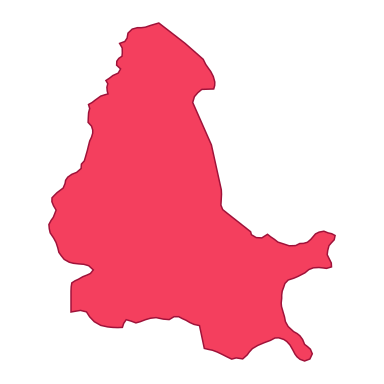 the district of Sertãozinho, São Paulo, Brazil, rotated 90°
{"feature_id": "56859067B35864980054288", "entity_name": "Sertãozinho", "entity_type": "district", "adm_level": 2, "iso_a3": "BRA", "parent_name": "Brazil", "parent_adm1": "São Paulo", "projection": "natural_earth1", "projection_center": [-47.996, -21.105], "detail": "fine", "context": "isolated", "style": "filled", "palette": "rose", "viewbox_px": 384, "rotation_deg": 90, "n_neighbors": 0, "source": "geoboundaries", "source_scale": "gbopen_adm2", "svg_char_len": 2719}
<svg xmlns="http://www.w3.org/2000/svg" viewBox="0 0 384 384"><g transform="rotate(90 192 192)"><path d="M177.1,316.2L180.3,318.4L183.4,318.9L188.0,320.8L190.5,324.1L192.6,326.9L195.4,329.7L197.8,332.0L201.7,332.1L205.7,330.5L210.1,327.9L214.3,329.5L217.3,330.7L220.4,332.9L224.5,335.1L228.9,334.7L232.9,333.8L238.1,330.3L242.6,327.9L247.9,326.2L252.4,325.1L255.8,322.7L259.4,319.8L262.2,314.8L263.3,310.6L263.9,305.2L264.3,300.2L265.7,295.3L269.9,290.7L273.5,293.6L275.1,297.1L276.7,301.2L279.3,305.7L280.8,309.0L282.9,312.2L286.7,312.8L291.0,313.0L305.1,313.0L312.0,313.0L311.1,307.8L310.4,303.5L311.9,297.5L316.9,294.3L321.7,289.7L325.4,283.2L326.9,276.3L327.4,271.5L327.6,266.4L327.4,261.6L323.4,260.3L319.7,257.8L321.1,252.9L322.9,248.1L321.7,243.8L319.7,238.6L318.2,233.4L317.6,227.9L319.1,220.8L319.6,214.8L316.7,210.0L316.7,205.3L318.7,201.5L320.2,198.1L322.5,194.2L324.4,190.0L325.6,184.5L348.4,179.7L349.4,175.6L350.2,171.6L352.1,166.6L354.4,161.8L356.8,157.1L359.1,152.3L357.9,147.8L358.9,141.3L354.9,136.8L352.1,134.8L348.6,131.6L345.4,126.2L342.7,119.8L340.4,113.6L338.0,109.1L337.8,105.3L339.5,100.1L341.5,97.2L345.0,94.0L349.9,91.2L354.1,89.0L356.8,87.0L359.3,84.0L361.0,79.4L359.0,74.1L353.8,71.7L349.2,73.6L346.6,76.5L344.4,79.4L339.5,81.4L335.8,84.1L333.6,86.8L331.6,90.4L326.5,95.9L321.6,98.6L316.9,99.5L311.8,101.0L306.5,102.5L303.1,102.8L298.3,102.3L295.1,102.3L291.2,101.8L287.1,100.3L283.5,99.1L280.0,95.8L278.2,90.2L276.4,86.0L272.8,79.0L269.6,75.2L267.8,70.6L267.5,65.1L267.9,61.1L268.4,57.5L266.9,52.5L263.0,52.7L259.0,54.7L254.7,56.8L250.5,56.3L245.6,55.0L242.9,52.7L239.8,49.8L235.5,48.9L233.7,52.3L232.9,55.9L231.2,60.1L232.1,64.9L233.9,68.5L239.4,73.2L242.3,76.6L243.4,80.6L243.5,84.2L245.6,88.4L245.8,94.8L244.1,99.9L242.1,106.1L239.4,109.5L236.7,113.5L234.3,116.5L237.9,122.2L237.6,127.8L234.7,132.6L231.7,133.4L212.7,157.5L209.6,161.3L205.1,163.1L200.2,162.8L194.2,162.5L189.8,162.7L144.9,172.6L102.5,191.3L96.7,189.6L92.7,186.2L89.4,182.2L89.1,174.2L89.0,170.3L85.5,169.3L82.0,169.2L76.5,170.7L71.6,173.2L67.7,176.0L64.4,178.3L59.3,180.8L43.4,198.9L23.0,225.2L25.4,233.4L27.2,238.7L27.7,242.9L27.7,246.7L29.1,251.8L33.1,256.0L38.1,256.9L41.5,259.2L43.4,264.4L48.0,261.8L53.0,261.7L56.2,262.0L58.4,265.2L61.2,267.2L65.2,267.4L68.9,263.4L73.1,265.8L75.5,271.1L78.2,274.6L80.5,278.1L83.7,276.2L87.2,277.1L90.9,276.8L93.9,276.0L95.0,279.9L96.1,283.3L98.3,286.3L100.3,289.1L102.5,291.9L104.5,295.5L108.5,294.3L112.7,295.4L117.6,295.7L122.4,295.9L126.1,292.5L130.0,291.3L133.2,291.3L137.2,292.5L141.0,294.3L145.7,295.5L150.6,296.7L154.4,297.8L157.6,298.7L160.9,299.7L164.1,302.6L168.5,302.9L172.4,307.4L174.3,312.2L177.1,316.2Z" fill="#f43f5e" stroke="#9f1239" stroke-width="1.5"/></g></svg>